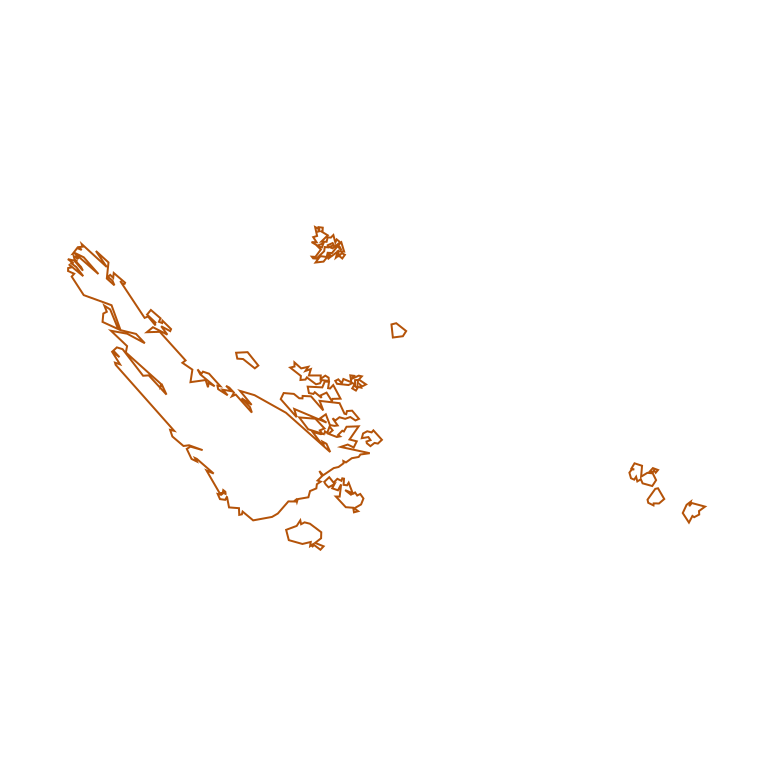 Frøya nor, Sør-Trøndelag, Norway, rotated 63°
{"feature_id": "86288312B66000336849668", "entity_name": "Frøya nor", "entity_type": "district", "adm_level": 2, "iso_a3": "NOR", "parent_name": "Norway", "parent_adm1": "Sør-Trøndelag", "projection": "albers", "projection_center": [8.677, 63.836], "detail": "fine", "context": "isolated", "style": "outline", "palette": "amber", "viewbox_px": 768, "rotation_deg": 63, "n_neighbors": 0, "source": "geoboundaries", "source_scale": "gbopen_adm2", "svg_char_len": 6168}
<svg xmlns="http://www.w3.org/2000/svg" viewBox="0 0 768 768"><g transform="rotate(63 384 384)"><path d="M417.8,439.9L410.2,425.8L405.1,436.8L408.1,441.3L406.7,442.4L408.6,448.1L410.7,447.0L409.8,450.1L403.2,456.0L402.0,450.8L397.2,451.8L401.8,456.8L399.4,458.1L401.2,459.6L400.0,463.1L394.3,469.4L408.5,466.9L410.1,465.3L407.4,465.0L411.2,462.4L420.2,462.8L365.1,484.4L335.2,504.4L324.8,515.4L342.5,511.4L332.1,517.3L343.7,513.9L349.5,514.7L326.1,520.9L325.9,525.1L323.6,521.6L317.0,523.5L313.9,525.6L321.3,523.0L315.9,530.2L323.1,528.4L313.3,534.1L309.9,533.2L311.7,530.8L295.4,535.2L290.8,539.7L292.1,542.2L286.3,543.5L292.1,543.3L309.2,535.9L303.4,539.8L307.0,542.3L299.5,541.1L294.5,555.6L284.2,548.2L273.6,554.0L272.9,550.1L235.7,560.1L230.2,571.8L228.5,564.1L241.7,554.6L231.4,556.3L239.8,550.5L238.4,548.8L227.0,552.6L228.9,554.0L226.4,556.3L224.0,553.3L212.2,558.1L214.6,563.6L226.4,559.4L224.7,560.6L228.1,561.0L216.7,563.6L216.4,567.3L172.5,572.3L176.2,571.4L177.0,569.7L176.2,568.7L162.4,574.4L166.5,577.1L162.5,578.4L163.2,581.4L168.5,579.0L173.7,579.4L164.2,583.1L150.6,574.3L134.7,580.3L153.9,577.9L122.1,589.8L124.8,590.3L123.5,593.7L127.3,592.5L123.6,595.7L126.7,602.2L127.4,599.6L134.8,594.0L156.4,588.5L128.1,599.8L133.9,599.7L129.2,602.4L132.6,603.2L135.5,601.5L134.4,603.0L142.2,600.8L146.3,600.8L133.5,603.9L129.2,609.0L135.6,605.8L133.5,608.3L140.0,605.1L151.4,603.0L134.2,610.5L138.3,609.2L137.3,612.8L139.9,614.2L145.1,610.0L146.5,613.5L168.5,611.2L190.1,591.0L216.4,594.3L226.8,582.2L239.1,578.6L222.6,590.0L212.6,603.1L233.6,595.7L238.7,599.7L282.7,582.7L285.1,584.4L284.2,582.2L294.7,582.6L269.5,589.7L267.3,594.9L234.3,601.1L230.1,605.4L231.4,610.0L240.0,607.5L231.0,611.7L246.6,610.3L242.9,614.0L245.1,614.4L330.5,592.2L327.8,595.4L334.7,596.4L348.2,590.8L350.1,585.5L360.6,575.6L351.9,584.9L352.3,589.2L363.4,589.5L368.0,586.0L364.2,586.0L365.7,584.8L386.5,576.4L380.5,581.4L406.7,580.0L407.8,577.0L405.6,575.4L408.0,574.3L410.8,575.3L408.0,575.2L408.8,579.4L406.5,582.1L412.1,582.4L415.1,578.1L413.8,576.1L416.0,576.7L412.8,575.0L423.6,578.1L428.8,569.6L434.9,572.4L435.6,569.8L433.5,567.9L446.1,562.5L451.6,544.1L451.2,537.4L445.2,522.5L448.9,515.5L447.5,516.7L447.1,514.6L449.5,515.1L447.4,513.1L450.6,502.8L445.8,498.5L446.3,491.7L442.8,489.3L442.3,484.7L439.9,487.0L437.9,480.9L432.2,481.1L437.7,479.7L436.1,467.0L437.3,462.2L436.3,456.0L434.2,455.2L436.6,453.5L435.5,446.4L437.5,439.7L436.1,437.0L439.2,428.1L420.4,451.2L421.5,443.8L426.8,439.8L422.7,434.3L417.8,439.9ZM403.7,422.1L393.3,424.5L391.3,429.3L393.7,431.4L392.5,432.7L380.9,432.3L369.8,449.0L380.0,450.1L361.9,454.6L357.7,461.9L359.8,463.2L358.2,466.0L351.9,468.8L346.5,477.5L350.6,482.9L373.9,476.9L365.5,475.3L392.3,452.7L385.6,456.6L384.6,449.6L396.0,450.8L398.8,447.2L399.9,444.1L391.2,445.4L394.4,443.8L393.4,438.8L397.4,434.4L398.1,429.0L403.5,426.0L403.7,422.1ZM487.6,507.2L474.9,513.4L471.2,517.6L471.3,521.5L467.5,520.5L470.8,526.2L469.5,537.4L479.9,539.7L489.5,529.3L491.5,521.0L494.9,523.4L494.4,519.0L496.6,522.2L495.7,519.4L502.8,515.9L501.2,511.5L494.3,517.5L492.9,510.1L487.6,507.2ZM476.7,454.3L471.2,455.1L471.2,458.5L467.5,459.0L467.6,463.7L460.9,466.8L467.1,461.5L455.9,460.3L457.5,462.9L455.5,465.8L450.2,462.6L449.1,464.0L450.9,465.9L447.3,468.6L449.0,473.7L442.2,475.1L444.1,481.7L447.0,481.5L450.9,480.3L450.7,473.6L453.4,477.5L457.8,473.3L454.0,467.8L464.2,474.6L462.4,478.0L476.4,474.0L480.3,467.6L484.7,469.0L485.6,464.8L481.3,466.9L480.9,459.1L476.7,454.3ZM247.9,359.4L238.4,357.7L239.5,361.8L241.6,361.2L245.4,361.2L240.1,362.8L243.7,370.9L241.5,374.6L244.8,377.4L241.6,382.0L241.6,387.1L238.5,377.0L235.1,374.6L236.8,371.9L234.8,371.2L235.1,365.8L237.5,365.8L237.1,370.6L239.8,368.2L237.8,358.7L233.7,360.5L235.8,363.1L228.3,361.5L229.4,364.9L227.8,367.6L231.2,370.6L228.7,375.3L226.0,366.6L219.1,370.9L220.3,369.6L216.9,367.6L214.6,371.0L218.6,372.0L218.3,373.4L216.3,371.7L212.9,374.1L221.7,376.4L221.0,380.4L227.1,379.7L224.7,384.1L230.5,380.4L231.1,374.0L234.1,377.3L231.1,380.7L235.5,379.2L239.6,387.4L237.8,390.5L239.9,390.1L242.6,385.7L244.7,389.8L247.5,382.3L244.9,376.6L247.0,376.6L246.3,373.2L244.9,374.9L243.2,374.2L246.3,372.5L244.9,365.1L249.6,369.5L248.9,366.0L253.2,364.2L251.1,360.2L248.3,362.2L249.4,365.7L244.8,364.8L247.9,359.4ZM585.0,178.9L581.0,182.6L582.7,187.1L583.8,185.4L585.1,185.9L582.7,189.7L583.3,197.0L574.0,191.2L568.4,196.8L571.7,202.0L573.7,199.8L572.7,202.2L574.4,205.6L580.1,206.7L582.8,204.5L581.1,201.5L585.8,202.5L585.5,198.4L589.9,198.7L596.7,191.3L593.2,185.2L585.1,185.1L583.4,182.6L586.4,182.2L585.0,178.9ZM356.3,431.7L353.2,430.5L349.9,432.5L350.7,438.2L347.7,436.5L342.3,447.0L337.5,442.4L336.7,448.0L334.3,443.7L332.5,450.7L324.1,454.0L327.8,455.8L326.8,460.1L339.1,454.4L342.5,456.6L344.4,451.9L343.1,449.8L353.4,444.7L354.3,440.7L352.2,437.8L356.3,431.7ZM377.3,429.4L361.9,429.7L363.5,434.1L362.3,435.7L357.1,432.0L354.9,435.6L359.0,440.5L351.7,453.2L358.0,455.0L360.8,451.4L359.9,449.4L368.0,445.9L365.4,445.7L365.6,439.1L375.6,438.2L373.9,436.6L377.3,429.4ZM639.0,153.6L629.8,163.8L631.5,167.5L628.1,164.1L629.0,169.2L634.6,176.4L645.9,175.2L641.6,169.1L643.5,168.1L643.4,162.4L640.2,161.0L639.0,153.6ZM396.6,457.2L383.8,460.9L375.3,474.7L389.9,472.1L400.2,461.6L396.2,462.2L396.6,457.2ZM310.5,487.6L293.7,491.1L289.0,501.6L294.8,503.2L297.8,498.2L311.4,492.0L310.5,487.6ZM193.3,594.1L187.3,597.6L193.8,598.2L193.8,602.1L200.9,606.6L214.4,595.9L193.3,594.1ZM432.8,411.2L420.5,414.5L421.5,417.0L418.5,420.4L418.6,425.1L422.2,428.4L424.2,422.0L427.9,421.5L427.3,425.7L429.0,426.2L433.2,424.3L432.2,419.2L434.3,416.5L432.8,411.2ZM367.1,400.3L365.1,402.7L364.8,410.4L363.1,407.0L361.0,410.1L367.6,412.3L361.1,417.9L364.1,421.2L359.1,422.6L359.1,426.0L362.5,425.8L368.8,416.1L368.8,411.7L371.2,410.0L367.4,408.0L368.6,405.3L375.1,409.5L371.8,411.7L373.5,414.3L377.1,412.0L374.9,408.3L376.9,406.0L373.8,405.6L376.2,404.6L376.2,400.2L368.6,404.4L367.1,400.3ZM613.7,186.5L601.3,187.2L600.6,189.9L606.7,201.7L609.8,202.5L614.5,199.0L612.8,197.9L615.3,193.2L613.7,186.5ZM346.9,340.2L335.4,345.5L334.3,350.3L346.6,355.0L350.0,345.5L346.9,340.2Z" fill="none" stroke="#b45309" stroke-width="2"/></g></svg>